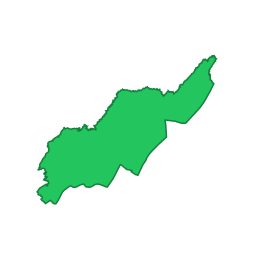 outline of Khagrachhari, Chittagong, Bangladesh, rotated 49°
{"feature_id": "16705992B35326431749719", "entity_name": "Khagrachhari", "entity_type": "district", "adm_level": 2, "iso_a3": "BGD", "parent_name": "Bangladesh", "parent_adm1": "Chittagong", "projection": "natural_earth1", "projection_center": [91.852, 23.211], "detail": "fine", "context": "isolated", "style": "filled", "palette": "green", "viewbox_px": 256, "rotation_deg": 49, "n_neighbors": 0, "source": "geoboundaries", "source_scale": "gbopen_adm2", "svg_char_len": 5852}
<svg xmlns="http://www.w3.org/2000/svg" viewBox="0 0 256 256"><g transform="rotate(49 128 128)"><path d="M124.6,240.3L126.3,240.5L127.8,240.0L130.9,239.8L131.7,234.0L135.9,233.8L136.9,233.3L137.9,232.1L136.9,228.4L133.3,219.3L133.1,217.2L133.3,213.5L133.7,210.2L134.2,209.0L136.4,208.4L137.8,207.3L138.7,205.3L139.7,201.1L141.1,198.3L144.9,198.3L147.3,196.1L148.3,194.2L149.1,189.8L150.3,187.7L152.5,186.0L158.0,183.2L159.0,182.3L156.5,172.6L150.6,157.8L152.1,157.2L158.4,156.2L162.6,152.9L163.0,153.2L163.0,154.1L163.3,154.2L168.0,152.9L170.2,151.5L165.5,141.0L164.3,136.2L162.7,133.0L161.7,129.3L161.1,125.2L160.4,116.4L160.1,104.9L150.7,97.7L146.3,94.8L153.9,87.9L159.2,84.7L161.4,82.4L162.2,81.1L159.9,60.5L158.3,53.7L154.2,42.0L150.9,34.2L150.0,34.1L149.0,34.8L148.0,34.0L146.7,33.8L145.9,34.4L144.9,34.0L144.7,33.4L143.7,32.9L142.9,31.9L141.6,32.0L142.0,31.3L141.8,30.9L141.2,30.9L140.5,31.6L139.9,30.8L139.1,30.8L138.7,29.2L137.6,29.1L137.5,27.7L137.0,27.3L136.7,25.7L136.5,24.5L135.6,22.7L135.6,21.9L134.9,19.4L134.9,18.0L134.1,17.9L133.7,15.8L131.7,16.6L131.5,15.7L130.9,15.8L130.3,15.5L129.8,15.6L129.9,16.0L129.3,16.4L129.3,17.3L128.7,17.3L128.8,18.4L129.4,18.4L128.3,20.0L128.6,20.6L128.5,21.6L129.0,22.0L128.7,22.6L129.0,23.2L129.9,23.5L129.9,24.3L127.0,24.4L126.9,25.4L126.2,25.5L125.7,26.3L126.7,28.3L126.6,28.7L127.2,29.5L126.9,29.8L126.9,31.5L126.7,31.7L127.0,32.3L126.8,32.6L127.4,33.2L128.0,34.6L127.7,35.1L128.0,36.3L127.2,37.0L127.7,38.3L128.0,38.3L128.2,38.9L128.0,39.5L128.9,40.8L129.0,42.0L129.3,42.4L129.2,43.9L128.9,44.3L129.6,46.6L129.4,47.3L129.8,48.3L129.6,49.7L130.2,50.6L129.9,51.4L130.3,52.2L129.8,53.4L130.2,54.6L129.8,54.9L131.2,58.4L131.0,58.8L130.2,59.0L129.7,60.4L130.4,62.0L131.2,61.9L131.0,62.2L131.5,62.7L131.3,63.2L131.8,63.7L132.4,65.4L132.0,66.1L132.7,67.6L132.4,67.7L132.0,68.6L132.3,69.7L132.1,71.0L131.7,70.7L130.1,70.3L130.2,71.8L129.8,71.1L129.5,71.2L128.2,72.5L128.2,73.1L127.8,73.3L127.7,72.9L127.1,73.2L126.2,73.2L126.6,73.8L126.4,74.7L127.0,76.6L126.8,77.3L127.3,79.9L126.9,79.8L126.4,80.5L125.8,80.2L125.9,79.9L125.6,79.7L124.0,80.2L123.5,79.3L122.9,78.9L122.2,79.5L121.3,79.6L119.6,78.7L119.4,79.7L118.8,80.7L118.1,80.2L117.4,80.3L117.6,81.1L117.3,81.7L115.4,82.6L115.0,83.3L114.9,84.4L113.7,84.7L112.5,86.3L111.5,86.0L110.8,86.5L109.7,86.4L109.8,87.3L109.0,87.7L109.2,89.9L108.2,90.3L108.4,93.7L107.5,93.9L107.3,94.9L107.1,95.1L106.8,94.7L106.2,95.3L106.2,97.7L105.1,97.9L104.9,99.0L104.4,99.5L104.0,99.1L103.4,99.5L103.4,99.9L102.9,100.4L103.1,100.9L102.6,101.9L101.6,101.8L100.5,102.5L100.1,103.2L98.6,103.7L97.9,105.1L96.8,105.5L96.5,106.4L96.2,106.3L95.5,107.0L95.2,106.9L95.4,107.8L94.9,108.3L94.8,108.9L95.1,110.1L95.0,110.6L94.5,110.8L94.8,111.2L94.5,111.8L94.8,112.2L94.4,112.4L94.6,113.0L94.9,113.0L94.7,113.8L95.0,113.8L95.1,114.4L95.5,114.6L95.3,114.8L95.6,115.0L96.0,115.0L95.8,114.8L96.0,114.7L96.6,115.3L97.5,115.5L97.5,116.8L97.2,117.1L97.6,117.6L97.5,118.1L97.1,118.2L97.5,118.6L97.7,118.3L98.0,118.9L97.8,119.3L98.1,120.3L97.3,121.1L98.0,122.0L98.3,121.5L98.1,121.1L98.7,121.1L99.0,122.0L98.8,122.1L98.8,123.4L99.5,124.2L99.4,124.5L100.0,124.6L99.8,125.0L100.0,124.9L100.1,125.4L99.9,125.8L100.2,126.5L99.5,126.8L99.5,127.1L100.1,127.7L100.0,128.4L100.3,128.4L100.1,128.8L99.6,128.7L99.6,129.5L100.3,130.6L100.9,130.9L100.7,131.0L100.9,131.4L101.3,131.3L101.3,132.7L100.7,133.3L101.0,133.3L101.2,133.8L101.8,133.9L102.8,134.9L102.2,135.4L102.4,135.9L102.8,135.7L102.5,136.0L102.9,136.5L102.7,136.4L102.8,136.8L102.5,137.2L103.4,137.9L102.9,138.5L102.7,139.6L103.5,140.4L103.4,141.1L104.2,142.2L104.0,142.5L103.6,142.3L103.1,144.2L103.5,144.7L103.6,144.0L103.7,144.6L104.3,144.7L104.3,145.1L103.9,145.3L104.1,145.7L103.7,146.5L103.9,147.0L103.6,147.2L104.0,147.8L104.4,147.8L104.9,149.3L104.6,149.7L104.8,150.1L104.8,151.5L104.0,152.1L105.4,152.5L105.4,152.0L106.1,152.1L107.2,152.6L107.4,153.0L107.7,152.9L108.1,153.4L107.6,153.5L107.7,153.8L107.3,154.1L106.9,153.7L106.7,154.3L105.7,154.8L106.0,155.4L105.2,156.2L104.9,155.5L104.3,156.1L104.7,156.4L104.8,157.1L104.5,157.3L104.9,157.7L104.5,157.9L104.0,157.6L104.1,158.2L103.7,158.4L103.9,159.1L102.7,159.0L102.7,159.8L101.5,159.4L100.6,160.0L100.5,159.4L100.9,158.9L100.5,158.5L99.8,158.6L99.8,158.0L99.5,158.4L99.6,158.9L99.1,158.7L98.9,158.0L97.0,158.4L96.9,159.1L97.9,160.3L97.9,161.0L97.5,161.3L98.5,163.0L98.4,163.7L98.7,164.5L98.7,165.4L98.4,166.0L97.8,165.5L98.1,167.1L97.0,167.6L96.7,166.5L97.0,165.1L96.5,164.5L96.0,164.6L95.8,164.9L96.6,166.3L95.9,166.0L94.6,167.0L94.7,167.7L93.2,168.6L91.8,171.0L91.5,172.0L88.3,173.6L87.4,176.0L86.7,176.2L86.0,175.8L85.8,176.3L86.4,176.9L86.9,179.6L86.7,180.0L87.7,182.3L88.8,182.9L88.4,183.5L88.3,184.5L88.6,185.1L88.3,185.8L89.1,186.2L88.3,186.7L88.5,186.9L88.1,187.4L87.6,189.8L87.8,190.6L87.4,191.8L87.8,192.8L87.7,193.6L88.2,193.4L86.8,196.2L86.6,197.7L87.0,198.5L88.4,199.7L88.9,199.7L88.7,200.7L89.7,201.1L90.3,200.7L90.8,201.0L91.8,200.9L92.3,202.2L93.5,203.0L93.9,204.9L93.6,205.6L93.6,207.0L94.4,208.0L94.6,208.9L95.4,209.5L95.1,210.3L95.5,212.8L96.0,213.0L96.0,214.0L96.6,214.8L97.2,217.7L98.6,219.5L99.9,220.0L99.5,221.1L100.6,222.0L100.4,223.1L100.7,223.2L101.3,222.4L101.2,221.2L102.2,220.8L102.3,219.4L102.8,218.3L103.8,217.8L105.0,217.9L105.7,218.6L107.9,218.5L107.8,219.1L107.1,219.7L107.1,221.2L107.5,221.6L108.1,221.3L108.4,220.2L108.6,220.9L109.2,221.0L109.9,222.1L111.0,222.9L110.8,222.0L111.3,221.8L111.5,221.1L111.9,221.2L111.9,222.2L112.5,222.9L111.5,224.5L111.8,225.6L114.0,224.4L115.1,223.3L115.4,223.6L115.8,223.2L116.4,223.7L117.3,223.7L117.7,224.3L117.5,225.1L117.7,225.7L118.5,226.1L118.8,226.6L118.5,227.2L118.0,227.1L117.4,226.3L116.9,226.4L116.7,226.8L115.5,234.1L116.6,238.5L118.0,238.4L119.2,239.5L120.3,239.1L121.3,238.0L122.0,238.6L123.5,237.8L124.7,238.8L124.8,239.6L124.6,240.3Z" fill="#22c55e" stroke="#15803d" stroke-width="1.5"/></g></svg>